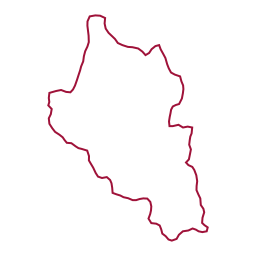 Bugre, Minas Gerais, Brazil (Natural Earth projection)
{"feature_id": "56859067B89432192143987", "entity_name": "Bugre", "entity_type": "district", "adm_level": 2, "iso_a3": "BRA", "parent_name": "Brazil", "parent_adm1": "Minas Gerais", "projection": "natural_earth1", "projection_center": [-42.308, -19.357], "detail": "fine", "context": "isolated", "style": "outline", "palette": "rose", "viewbox_px": 256, "rotation_deg": 0, "n_neighbors": 0, "source": "geoboundaries", "source_scale": "gbopen_adm2", "svg_char_len": 1849}
<svg xmlns="http://www.w3.org/2000/svg" viewBox="0 0 256 256"><path d="M49.4,92.9L48.8,98.0L49.3,102.0L48.3,105.4L51.7,109.0L50.8,114.2L48.8,118.3L49.4,123.8L52.3,128.3L55.1,131.9L59.4,134.7L62.7,137.3L64.6,140.1L66.8,142.8L71.4,143.2L75.6,146.3L78.4,148.1L81.6,148.9L87.2,150.6L89.0,156.1L88.9,160.4L90.7,163.5L93.2,167.7L95.7,173.0L98.0,176.6L102.0,178.0L106.8,177.1L110.1,180.0L111.5,183.3L112.2,187.8L112.6,192.9L116.4,194.3L120.3,195.5L123.5,197.2L128.1,198.2L132.6,200.1L136.2,200.1L139.7,199.0L143.3,198.4L147.3,198.6L150.3,201.9L151.3,206.4L151.0,210.4L150.2,214.0L148.5,218.6L151.3,223.1L156.3,223.7L159.7,225.5L161.2,229.3L162.3,233.6L165.7,236.2L168.5,239.5L171.8,240.6L176.6,238.9L178.9,234.8L182.9,231.3L188.3,230.5L192.6,228.5L195.8,229.6L198.6,231.3L202.4,232.1L206.7,231.3L207.7,227.4L204.4,225.1L202.1,222.9L202.5,217.8L204.2,212.3L203.4,208.8L200.8,205.0L200.3,198.4L198.3,194.3L196.5,190.1L196.6,186.0L197.2,181.2L196.3,175.3L194.3,170.0L192.3,166.9L188.4,165.1L186.0,162.5L188.9,159.4L190.0,154.0L190.9,149.4L189.2,144.7L189.7,140.4L190.3,136.6L191.6,133.4L192.2,127.5L187.7,126.6L183.0,127.5L178.5,124.8L172.9,126.1L169.5,126.1L169.0,121.5L169.7,117.0L170.5,113.2L171.1,109.7L172.8,106.5L175.8,105.0L179.1,104.0L181.9,98.5L182.9,93.2L183.4,89.1L183.1,85.4L181.4,81.3L180.1,76.4L174.8,74.6L171.0,72.5L168.8,68.4L167.2,64.3L165.4,58.0L163.1,53.7L160.7,49.4L159.1,45.1L155.4,46.1L151.6,49.2L149.1,53.0L145.5,55.1L142.4,51.6L138.2,48.5L132.4,47.2L127.9,46.9L122.4,45.1L117.8,43.0L115.0,39.0L112.2,36.3L108.6,32.9L105.7,28.6L104.6,23.5L105.1,18.0L100.1,15.7L95.3,15.4L89.7,16.4L87.5,21.4L87.4,25.7L87.9,29.8L88.6,35.7L88.8,42.1L87.4,46.6L85.2,51.2L83.9,56.2L83.2,61.4L81.1,66.5L80.1,70.4L78.6,74.9L77.0,79.9L75.0,85.6L73.0,89.5L70.4,92.3L66.1,91.9L61.1,90.0L56.1,91.0L49.4,92.9Z" fill="none" stroke="#9f1239" stroke-width="2"/></svg>